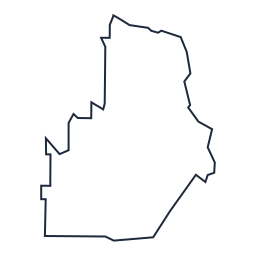 the district of Houston, Georgia, United States of America
{"feature_id": "52423323B77301677546926", "entity_name": "Houston", "entity_type": "district", "adm_level": 2, "iso_a3": "USA", "parent_name": "United States of America", "parent_adm1": "Georgia", "projection": "albers", "projection_center": [-83.676, 32.487], "detail": "fine", "context": "isolated", "style": "outline", "palette": "slate", "viewbox_px": 256, "rotation_deg": 0, "n_neighbors": 0, "source": "geoboundaries", "source_scale": "gbopen_adm2", "svg_char_len": 715}
<svg xmlns="http://www.w3.org/2000/svg" viewBox="0 0 256 256"><path d="M161.3,30.7L158.1,32.7L151.3,30.8L148.0,27.8L140.4,26.7L129.6,25.1L118.5,18.2L113.5,15.4L113.4,15.4L113.5,15.7L109.8,24.8L109.7,37.8L101.1,37.8L105.3,46.8L105.1,68.3L104.7,103.6L103.2,109.4L91.4,102.3L91.2,118.2L77.8,118.0L73.5,114.0L68.6,122.9L68.6,150.2L59.6,154.1L45.9,138.3L46.1,154.3L50.5,154.4L50.3,179.3L50.3,185.8L41.2,185.7L41.2,199.2L45.7,199.2L44.9,236.0L105.3,236.5L113.8,240.6L153.2,237.3L170.0,211.1L195.9,174.8L205.4,182.0L207.7,175.0L214.2,172.8L214.8,162.5L207.7,147.3L212.1,129.2L198.4,121.6L188.2,107.5L190.1,105.0L184.3,81.5L190.4,73.4L186.7,51.8L180.7,37.1L161.3,30.7Z" fill="none" stroke="#1e293b" stroke-width="2"/></svg>